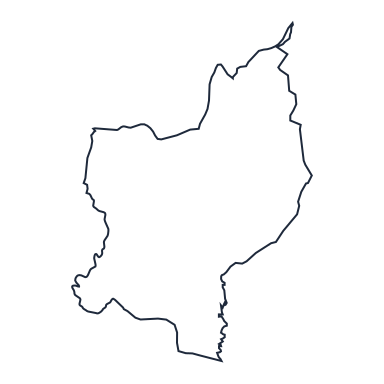 SVG path tracing the border of HaZafon
{"feature_id": "ISR-3056", "entity_name": "HaZafon", "entity_type": "District", "adm_level": 1, "iso_a3": "ISR", "parent_name": "Israel", "parent_adm1": "", "projection": "albers", "projection_center": [35.33, 32.896], "detail": "fine", "context": "isolated", "style": "outline", "palette": "slate", "viewbox_px": 384, "rotation_deg": 0, "n_neighbors": 0, "source": "natural_earth", "source_scale": "10m", "svg_char_len": 3963}
<svg xmlns="http://www.w3.org/2000/svg" viewBox="0 0 384 384"><path d="M221.5,361.0L199.0,355.2L192.4,353.4L185.8,353.2L178.5,351.1L177.0,342.8L177.1,332.5L174.6,324.8L166.3,319.6L158.0,318.6L140.5,319.5L135.4,317.7L127.5,311.1L123.8,309.1L123.1,307.6L115.3,300.1L114.4,299.4L113.1,298.7L112.6,298.9L112.2,299.2L111.5,300.0L110.7,301.5L110.4,302.0L110.1,302.4L109.6,302.7L107.1,304.0L106.7,304.3L106.3,304.7L106.1,305.2L106.0,305.8L105.9,306.4L105.6,307.1L105.1,307.6L103.6,308.6L103.1,309.0L102.8,309.4L102.6,309.9L102.0,310.6L101.2,311.5L99.3,312.8L98.2,313.3L97.3,313.4L96.7,313.3L96.2,313.1L88.1,311.5L86.8,310.9L85.9,310.2L84.2,309.2L83.4,308.6L82.8,307.9L82.5,307.2L82.0,306.6L80.2,305.5L79.7,305.0L79.5,304.4L79.5,303.8L79.6,303.2L80.2,300.8L80.4,299.5L80.2,298.8L79.8,298.2L76.1,295.7L74.9,294.7L74.7,294.2L74.5,293.7L74.4,293.0L74.4,292.3L74.2,291.4L73.8,290.2L72.6,288.3L72.2,287.2L72.2,286.4L72.5,286.0L73.0,285.7L73.6,285.6L74.9,285.5L75.5,285.6L76.2,285.8L77.8,286.4L79.0,286.6L79.1,286.2L78.7,285.2L76.5,282.8L75.7,281.5L75.2,280.4L75.3,279.7L75.5,278.5L75.7,278.0L76.3,277.0L76.6,276.6L77.3,275.8L77.8,275.5L78.3,275.3L78.9,275.2L79.5,275.1L80.2,275.2L81.4,275.4L85.1,277.1L85.6,277.1L86.2,277.0L86.7,276.7L87.1,276.4L88.0,275.0L90.0,270.3L90.6,269.4L91.0,269.0L91.4,268.7L95.4,266.5L95.6,265.7L95.5,264.3L94.2,258.5L94.2,257.8L94.5,255.9L94.9,254.8L95.2,254.3L95.6,254.1L96.1,254.0L96.6,254.3L96.9,254.7L97.8,256.1L98.1,256.5L98.5,256.9L98.9,257.1L99.4,257.1L99.9,256.8L100.3,256.5L101.0,255.8L101.7,254.9L102.1,253.9L102.2,253.3L102.2,252.5L102.0,250.8L102.2,250.0L102.5,249.4L103.9,248.5L104.2,247.8L104.4,246.8L103.9,242.2L104.0,241.5L104.4,240.6L104.6,240.2L107.5,235.9L107.8,235.0L108.1,233.7L108.4,231.0L108.4,229.7L108.3,228.8L105.5,222.5L104.9,220.9L104.6,219.7L104.6,219.0L105.4,214.9L105.3,213.9L105.1,213.2L104.7,212.8L103.7,212.2L99.6,211.1L98.5,210.6L98.1,210.3L97.3,209.6L96.9,209.2L96.1,208.5L93.8,206.9L93.4,206.3L93.2,205.6L93.9,201.5L93.9,200.5L93.6,199.9L92.5,199.2L92.0,198.5L91.5,197.5L90.5,195.3L89.8,194.4L89.1,193.8L87.1,193.2L86.5,193.0L87.6,188.8L87.1,184.8L83.7,183.1L85.4,178.2L87.4,158.0L91.2,147.4L92.3,141.0L91.2,135.3L92.4,134.1L93.9,132.0L95.2,131.0L93.3,128.7L94.6,128.4L94.9,128.3L117.0,130.0L118.2,129.5L121.3,127.1L123.1,126.4L124.8,126.5L128.7,127.5L130.7,127.7L140.9,124.3L144.3,124.3L145.7,125.0L147.3,125.7L150.4,128.2L153.1,131.6L155.1,135.5L157.6,138.9L161.3,139.4L176.9,135.3L190.2,129.6L198.7,128.8L200.0,123.8L205.2,114.5L207.5,109.0L209.0,100.6L209.6,84.3L211.7,77.0L214.3,72.5L215.9,68.0L217.7,64.8L220.9,64.5L222.5,66.4L227.6,74.3L231.1,76.9L232.8,78.3L232.8,78.2L233.0,76.9L236.7,73.0L237.2,68.6L240.3,66.9L246.1,66.2L248.4,62.0L258.8,50.9L263.7,49.6L267.4,49.2L271.3,48.1L275.1,46.4L278.4,44.3L282.9,39.2L288.3,28.1L292.5,23.0L292.9,24.8L291.4,26.9L291.0,32.3L290.2,34.1L289.5,38.5L285.0,41.8L282.9,44.2L276.9,47.0L287.4,54.2L278.3,67.4L280.2,70.0L288.0,75.4L289.2,90.8L295.4,94.6L296.3,104.2L293.3,110.6L290.3,115.5L290.3,120.5L300.7,124.8L299.9,129.2L303.7,160.6L305.3,164.7L311.8,175.5L308.0,183.0L306.0,183.5L301.3,191.8L298.1,201.7L299.2,205.8L297.1,214.3L283.3,230.8L275.9,242.0L271.1,243.2L255.8,253.0L246.6,261.3L242.2,263.6L235.6,262.9L230.5,266.6L226.3,272.2L223.8,274.4L221.8,275.2L221.2,276.3L221.1,279.0L222.2,281.4L224.6,282.8L224.6,284.9L222.7,284.9L222.7,287.3L224.3,290.3L225.1,298.8L226.7,302.9L225.6,304.7L225.2,304.9L225.0,304.1L224.6,302.9L224.0,304.1L222.7,307.6L221.0,305.4L221.9,312.3L222.7,314.4L218.9,314.4L218.9,316.7L220.4,316.5L221.6,316.5L223.5,319.5L224.1,320.9L226.8,323.6L226.8,325.7L224.3,326.4L222.6,328.2L221.6,330.4L221.0,332.7L222.1,333.4L222.7,334.0L223.5,334.4L224.7,334.7L224.7,337.2L223.0,338.4L221.1,339.2L222.8,341.5L219.0,344.0L219.6,344.5L220.2,344.4L220.6,344.6L221.1,346.2L219.0,346.2L219.0,348.2L220.7,350.0L221.0,351.3L219.8,352.2L217.1,352.8L218.4,356.4L219.0,357.5L220.4,358.9L221.5,361.0Z" fill="none" stroke="#1e293b" stroke-width="2"/></svg>